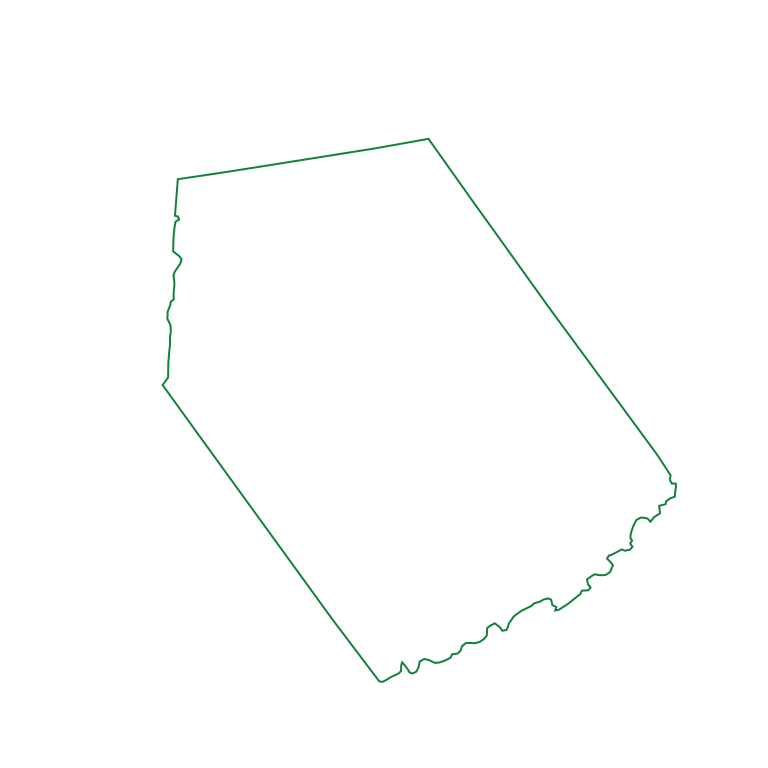 the district of Cacaulândia, Rondônia, Brazil, rotated 234°
{"feature_id": "56859067B49219352113173", "entity_name": "Cacaulândia", "entity_type": "district", "adm_level": 2, "iso_a3": "BRA", "parent_name": "Brazil", "parent_adm1": "Rondônia", "projection": "robinson", "projection_center": [-63.097, -10.33], "detail": "fine", "context": "isolated", "style": "outline", "palette": "green", "viewbox_px": 768, "rotation_deg": 234, "n_neighbors": 0, "source": "geoboundaries", "source_scale": "gbopen_adm2", "svg_char_len": 1993}
<svg xmlns="http://www.w3.org/2000/svg" viewBox="0 0 768 768"><g transform="rotate(234 384 384)"><path d="M146.1,205.4L143.7,208.1L143.1,213.3L142.9,217.3L141.2,225.5L141.8,229.2L146.1,232.3L148.1,235.1L143.2,235.5L138.6,235.5L135.8,235.1L133.0,236.9L132.3,241.0L134.4,245.3L138.6,250.0L137.9,254.9L134.4,258.0L128.4,261.3L126.0,265.4L124.3,271.3L123.4,276.7L125.3,280.2L122.7,285.0L123.3,289.3L126.1,293.1L126.3,298.1L123.6,301.8L120.9,305.2L119.1,309.8L118.9,314.8L120.1,319.3L126.0,324.1L126.0,327.9L125.3,333.0L118.9,334.8L114.8,334.7L113.0,338.5L114.7,341.6L116.9,344.2L117.9,347.6L119.5,351.6L119.8,355.3L119.7,362.3L118.6,368.1L117.9,372.5L118.3,376.6L116.2,382.3L115.9,386.3L114.0,390.8L111.3,392.4L106.1,390.3L102.2,392.3L100.1,389.5L98.6,392.7L98.1,401.5L98.0,404.8L98.3,409.8L98.7,419.4L100.5,422.6L97.1,427.9L98.0,431.5L102.1,431.3L106.6,433.4L106.6,439.5L106.0,442.9L103.5,445.1L100.5,448.8L99.1,451.7L99.0,456.4L102.7,462.7L105.8,462.7L111.6,461.8L113.0,464.9L111.9,468.2L110.4,479.1L107.5,480.9L105.4,485.5L106.3,489.4L110.2,489.4L111.4,492.6L114.5,492.8L116.9,494.7L120.3,498.8L123.4,503.7L125.6,508.1L125.1,512.9L123.2,515.5L120.3,518.1L116.0,518.6L117.5,524.1L117.2,531.3L123.7,535.1L121.3,541.1L123.4,543.6L123.2,548.8L121.9,553.0L126.0,556.5L128.5,559.2L131.8,561.5L134.3,558.4L138.4,558.9L141.7,562.2L165.6,563.4L190.2,563.3L277.3,562.8L350.6,562.4L451.7,563.1L477.6,563.2L556.2,564.1L580.4,514.2L591.4,492.6L648.8,379.9L670.9,337.6L643.0,313.8L640.5,315.8L637.5,315.0L637.9,310.8L633.9,306.6L625.5,299.2L621.4,296.1L615.3,291.4L607.3,293.6L603.8,293.5L601.1,290.0L599.2,284.5L598.0,281.0L595.8,277.7L589.2,274.0L586.0,271.5L582.6,268.4L579.0,265.6L576.1,263.8L575.8,259.7L573.3,257.3L571.4,254.2L569.4,251.2L567.0,249.5L564.3,247.1L560.9,246.5L557.8,246.0L555.1,244.7L551.5,242.1L548.3,239.0L541.1,233.6L537.8,230.5L527.7,221.8L523.0,218.3L516.2,213.2L513.3,204.3L447.3,204.1L350.8,204.0L224.3,203.9L146.1,205.4Z" fill="none" stroke="#15803d" stroke-width="2"/></g></svg>